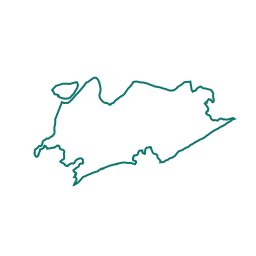 Manfalut, Asyut, Egypt (Albers equal-area conic projection), rotated 303°
{"feature_id": "37247803B38708414170128", "entity_name": "Manfalut", "entity_type": "district", "adm_level": 2, "iso_a3": "EGY", "parent_name": "Egypt", "parent_adm1": "Asyut", "projection": "albers", "projection_center": [30.935, 27.303], "detail": "fine", "context": "isolated", "style": "outline", "palette": "teal", "viewbox_px": 256, "rotation_deg": 303, "n_neighbors": 0, "source": "geoboundaries", "source_scale": "gbopen_adm2", "svg_char_len": 5812}
<svg xmlns="http://www.w3.org/2000/svg" viewBox="0 0 256 256"><g transform="rotate(303 128 128)"><path d="M50.9,113.7L51.6,114.3L53.4,115.0L55.2,116.0L57.5,116.3L59.5,116.6L62.6,117.0L63.9,118.1L66.4,119.6L72.3,123.7L75.4,126.3L78.2,127.2L80.1,128.4L79.8,129.0L81.5,129.8L82.9,130.7L85.7,132.7L87.1,133.8L89.1,135.6L90.5,137.0L91.4,137.6L91.6,137.8L91.4,138.1L93.1,139.3L96.2,142.4L97.0,143.6L99.0,147.6L100.1,149.0L101.4,153.6L103.4,153.6L103.9,153.0L104.2,153.0L104.5,152.1L103.7,150.4L103.9,149.6L104.5,149.0L105.1,149.0L105.6,148.4L105.9,148.4L106.8,148.4L107.3,148.1L107.9,148.4L108.2,148.1L108.5,148.4L110.4,150.4L111.6,150.4L113.3,149.9L115.2,149.9L116.9,152.2L116.4,152.4L115.5,153.3L115.2,154.2L115.0,154.4L115.5,156.2L115.8,156.2L116.4,155.9L117.2,155.0L117.8,155.0L119.5,154.2L120.9,154.2L121.4,154.5L122.0,154.7L123.1,156.2L124.0,156.7L124.3,157.9L124.0,158.2L123.1,158.7L122.9,159.3L121.2,161.6L120.6,163.0L120.6,163.9L120.9,164.7L121.2,165.3L121.2,167.3L120.0,168.4L119.5,168.7L119.2,169.3L118.9,170.1L118.9,171.0L118.6,171.6L118.6,171.9L118.3,172.4L118.3,172.7L118.0,173.0L118.0,173.3L117.5,173.8L116.9,173.8L118.1,175.6L119.5,176.7L121.2,177.3L123.5,179.0L124.9,179.3L126.3,180.4L127.4,181.3L129.7,182.4L131.1,182.7L132.8,182.7L134.5,183.0L135.6,183.0L137.3,184.2L138.7,185.3L140.4,186.2L143.0,187.3L144.4,188.7L146.6,189.3L148.3,189.9L149.4,190.7L151.4,191.6L152.8,192.2L153.7,192.8L155.4,193.6L156.2,194.2L157.3,194.5L158.2,195.3L160.2,196.5L161.6,197.3L164.4,198.2L165.8,198.8L169.5,200.2L170.3,200.5L171.7,201.1L175.4,203.1L176.5,203.9L178.2,204.5L179.9,205.4L181.6,206.5L183.9,207.7L186.4,208.5L187.8,209.4L190.3,210.5L191.8,210.8L193.7,212.3L193.7,211.4L193.2,210.2L192.0,209.4L191.8,209.1L191.2,208.5L189.5,207.1L188.9,206.5L187.8,204.2L187.0,203.1L187.0,202.5L186.7,201.1L186.1,200.2L185.0,199.7L183.0,199.1L182.2,197.1L181.9,196.5L180.8,195.4L180.8,193.1L181.1,192.8L181.3,192.2L181.9,191.4L182.7,190.8L182.8,188.8L182.5,187.7L182.5,186.8L182.5,185.9L182.8,185.7L183.0,185.7L183.6,185.1L183.9,185.1L184.4,185.1L184.7,185.4L185.6,185.4L185.9,185.7L186.4,185.7L187.0,185.4L187.6,184.8L188.1,184.6L188.4,184.0L189.2,182.6L189.2,182.3L189.5,181.4L189.8,180.9L189.8,180.6L190.4,179.4L190.4,179.1L190.9,179.1L191.8,179.2L191.8,179.7L192.1,180.3L192.6,180.0L193.7,180.0L194.3,179.7L195.5,180.0L196.0,180.0L196.0,180.3L196.6,181.2L196.6,182.6L195.7,184.3L195.7,185.1L196.6,185.4L197.1,185.2L198.0,184.9L199.4,183.4L200.8,182.3L201.7,181.5L203.1,180.9L203.6,180.6L204.2,179.2L204.5,178.3L204.8,177.8L204.8,177.5L205.1,176.9L204.5,174.9L204.2,174.3L203.8,172.9L203.7,172.2L203.0,170.9L202.6,170.0L202.4,169.6L202.2,169.2L202.3,167.8L202.4,166.5L201.8,165.9L201.3,165.6L199.9,164.8L199.4,164.6L198.6,164.6L197.5,164.2L197.0,164.3L196.6,164.3L196.3,164.3L196.0,164.3L195.7,164.0L195.2,163.4L194.2,162.1L193.9,162.2L194.3,161.0L197.7,157.8L200.9,155.0L200.0,154.2L199.2,152.9L197.9,151.2L196.9,150.2L195.4,149.9L193.7,149.3L190.4,147.8L189.2,147.2L188.0,147.2L186.1,146.6L184.9,146.0L183.6,144.8L182.3,143.0L181.5,139.9L181.1,138.0L180.1,135.3L179.7,133.2L178.5,130.2L177.4,127.8L177.0,125.4L176.4,123.4L176.1,121.2L175.3,118.4L174.5,116.1L173.1,113.7L172.3,111.7L171.8,110.1L170.8,108.8L169.6,107.4L168.1,107.5L164.8,107.4L161.2,106.6L156.6,106.5L154.4,106.4L153.0,106.1L151.2,105.1L148.1,103.9L145.4,102.9L144.1,102.4L142.3,102.4L140.9,102.0L139.9,101.1L139.1,100.6L138.2,100.7L137.5,100.1L137.5,99.5L137.6,98.0L137.4,96.5L136.5,94.8L136.3,93.4L136.6,91.5L137.3,89.3L138.4,87.5L140.1,86.0L142.8,85.2L145.1,84.3L147.0,82.7L149.1,80.7L150.5,79.0L151.8,77.2L152.5,75.6L152.7,73.7L151.8,72.3L149.7,71.2L145.1,69.5L143.2,68.3L141.4,68.1L140.0,68.2L135.9,67.7L130.8,67.0L127.6,66.3L121.4,65.5L119.4,65.0L116.6,64.2L115.5,62.7L114.1,60.7L113.8,58.9L113.7,58.5L95.4,62.3L94.7,63.0L93.7,63.4L92.6,64.3L89.7,65.4L88.3,66.0L87.5,66.5L85.2,68.2L84.1,68.8L82.7,69.4L81.3,69.1L79.9,69.1L79.0,68.2L77.9,67.9L75.9,67.1L75.6,66.8L74.8,65.4L72.8,64.8L71.7,64.2L70.8,63.9L68.9,64.2L68.3,64.8L68.0,64.8L66.0,65.1L65.5,64.8L65.2,63.9L64.6,63.3L63.8,63.1L62.9,63.1L60.7,62.5L59.8,61.9L58.7,61.9L57.8,62.5L57.3,62.8L56.7,63.3L55.9,63.3L55.0,64.2L54.5,65.0L54.2,65.9L53.9,66.4L53.9,66.7L54.7,67.6L57.0,67.6L57.6,67.0L58.4,67.0L59.3,66.8L60.4,66.8L61.5,66.2L62.1,65.9L63.5,67.3L63.8,67.3L64.3,67.6L64.9,67.9L65.7,68.2L66.6,67.6L67.7,67.6L68.0,68.5L68.0,68.8L67.7,69.6L67.4,69.9L67.2,71.0L66.9,71.0L66.6,71.6L68.2,73.3L70.8,75.9L71.4,77.0L71.9,77.0L73.6,77.9L74.8,78.2L75.0,78.7L75.0,79.1L75.3,79.3L75.3,80.2L75.0,80.5L74.8,81.0L74.2,81.3L73.9,81.9L73.4,82.8L73.6,83.0L73.6,83.3L74.2,85.3L74.2,86.5L73.6,87.3L72.8,87.9L71.9,87.9L70.2,89.3L69.4,89.9L67.7,91.0L66.6,91.0L66.0,90.4L65.2,90.2L64.8,90.0L64.0,89.6L62.9,89.6L62.9,91.9L63.2,93.0L63.2,94.1L62.9,95.3L62.6,95.3L62.6,97.0L63.2,98.1L64.3,98.1L65.1,98.7L65.7,98.7L66.8,99.3L67.7,100.1L68.0,100.7L68.5,101.3L68.5,101.6L69.4,102.1L70.2,101.9L70.5,101.9L71.1,101.9L72.2,101.9L73.0,102.2L73.9,102.4L74.7,103.0L75.6,103.6L75.9,103.9L76.4,104.2L77.0,105.3L77.0,106.7L76.7,107.6L75.6,108.1L74.5,109.3L73.9,109.2L73.1,109.1L72.9,108.3L72.8,108.1L72.2,107.5L71.6,107.3L70.8,107.0L70.2,107.3L69.7,107.5L68.4,107.5L67.3,106.9L66.1,106.2L65.8,106.3L65.1,106.1L64.4,105.9L64.2,105.7L63.4,105.3L63.2,105.2L62.9,105.4L62.4,105.6L62.0,106.2L62.0,108.7L62.0,109.1L61.7,109.2L60.7,109.8L60.1,109.1L59.2,109.6L57.5,109.5L58.1,111.1L57.9,111.5L56.9,112.9L56.7,113.0L56.1,113.3L55.3,113.4L54.7,113.2L54.2,113.4L53.2,113.3L52.5,113.4L50.9,113.7ZM136.5,63.0L137.3,62.0L138.6,60.1L136.8,58.3L133.6,55.6L129.9,49.5L124.0,44.6L118.5,43.7L117.5,46.5L116.3,47.9L117.1,49.8L117.6,51.3L117.5,52.2L117.2,52.3L116.6,52.1L116.4,52.8L116.6,54.2L117.4,57.3L118.4,59.4L120.4,62.0L121.9,62.9L125.0,63.3L126.8,63.8L133.7,63.6L135.2,63.1L136.5,63.0Z" fill="none" stroke="#0f766e" stroke-width="2"/></g></svg>